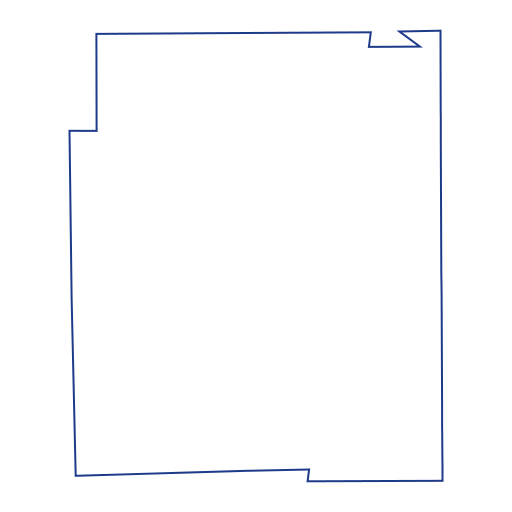 Edgar, Illinois, United States of America (Albers equal-area conic projection)
{"feature_id": "52423323B29187483714259", "entity_name": "Edgar", "entity_type": "district", "adm_level": 2, "iso_a3": "USA", "parent_name": "United States of America", "parent_adm1": "Illinois", "projection": "albers", "projection_center": [-87.648, 39.68], "detail": "fine", "context": "isolated", "style": "outline", "palette": "blue", "viewbox_px": 512, "rotation_deg": 0, "n_neighbors": 0, "source": "geoboundaries", "source_scale": "gbopen_adm2", "svg_char_len": 474}
<svg xmlns="http://www.w3.org/2000/svg" viewBox="0 0 512 512"><path d="M441.8,336.5L441.6,293.4L441.3,272.6L440.8,143.0L440.8,126.9L440.8,118.4L440.7,110.6L440.5,30.7L399.4,31.5L419.9,46.6L368.9,46.9L370.8,32.3L210.4,33.2L96.4,33.9L96.6,130.9L69.5,130.8L71.0,248.8L71.6,297.2L75.7,475.8L243.0,470.9L309.1,469.5L307.6,481.3L442.5,480.8L442.5,464.7L442.4,460.4L442.2,432.9L442.1,425.6L442.1,404.6L442.0,384.5L441.8,336.5Z" fill="none" stroke="#1e3a8a" stroke-width="2"/></svg>